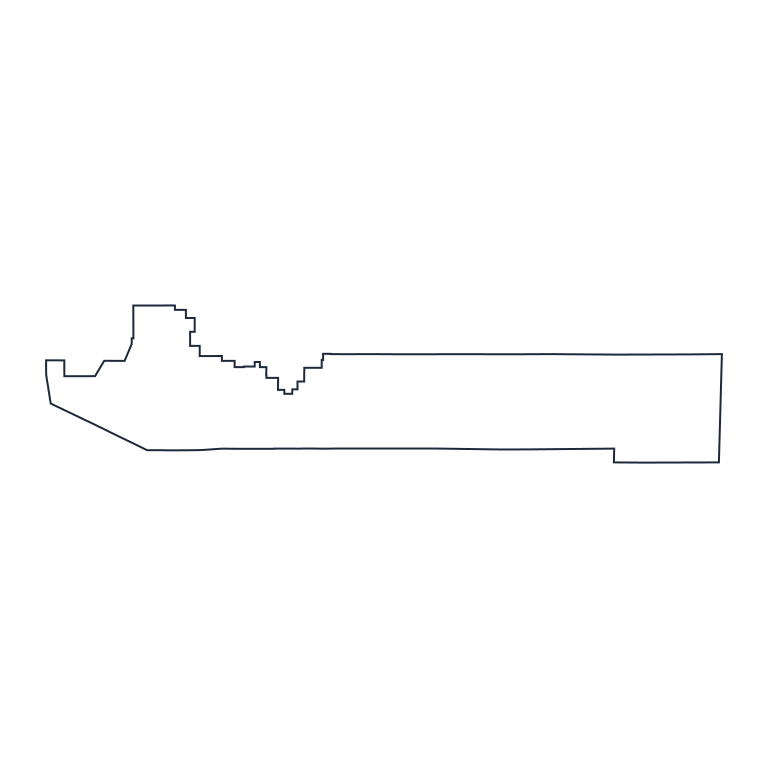 Menzies, Western Australia, Australia (Equal Earth projection)
{"feature_id": "25037944B67042441314136", "entity_name": "Menzies", "entity_type": "district", "adm_level": 2, "iso_a3": "AUS", "parent_name": "Australia", "parent_adm1": "Western Australia", "projection": "equal_earth", "projection_center": [120.764, -29.386], "detail": "fine", "context": "isolated", "style": "outline", "palette": "slate", "viewbox_px": 768, "rotation_deg": 0, "n_neighbors": 0, "source": "geoboundaries", "source_scale": "gbopen_adm2", "svg_char_len": 3154}
<svg xmlns="http://www.w3.org/2000/svg" viewBox="0 0 768 768"><path d="M721.9,354.1L689.8,354.4L616.3,354.6L560.9,354.2L553.1,354.1L512.8,354.3L472.2,354.2L453.9,354.2L403.0,354.3L370.1,354.1L345.9,354.2L330.6,354.1L330.6,353.8L323.1,353.8L323.1,360.0L321.7,360.0L321.7,367.8L304.3,367.8L304.3,370.2L304.2,373.6L304.2,375.1L304.2,376.4L304.2,381.5L297.5,381.5L297.5,388.3L297.5,389.3L293.6,389.3L292.3,389.3L292.2,393.8L284.3,393.8L284.3,389.9L278.0,389.9L278.1,377.9L266.4,377.9L266.4,374.9L266.2,374.9L266.4,367.1L259.9,367.1L259.9,362.0L254.7,362.0L254.7,366.5L243.9,366.5L243.9,367.1L240.4,367.1L240.1,367.1L239.9,367.1L239.4,367.1L238.4,367.1L237.3,367.1L236.3,367.1L234.6,367.1L234.6,360.9L221.9,360.9L221.9,356.0L199.7,356.1L199.7,355.5L199.7,354.2L199.7,353.0L199.7,345.9L198.6,345.9L195.7,345.9L190.1,345.9L190.1,331.8L194.7,331.8L194.7,318.0L185.9,318.0L185.9,309.9L177.7,309.9L174.9,309.9L174.9,305.5L172.2,305.5L172.2,305.4L163.7,305.5L163.2,305.5L148.9,305.5L145.3,305.5L136.3,305.5L134.6,305.5L133.3,305.5L133.4,338.3L131.7,338.3L131.7,342.5L131.7,344.0L124.6,360.9L104.2,360.8L95.1,376.1L92.9,376.1L92.0,376.1L90.7,376.2L90.4,376.2L90.1,376.2L89.5,376.2L88.2,376.2L87.6,376.2L87.2,376.2L86.0,376.2L84.1,376.2L82.6,376.2L81.4,376.2L80.8,376.2L79.6,376.2L78.4,376.2L77.5,376.2L76.9,376.2L76.3,376.2L76.0,376.2L74.8,376.2L74.3,376.2L73.4,376.2L71.9,376.2L71.0,376.2L70.4,376.2L69.8,376.2L69.5,376.2L68.9,376.2L68.0,376.2L67.4,376.2L66.8,376.2L65.3,376.2L64.4,376.2L64.3,370.7L64.3,360.4L49.7,360.3L46.1,360.3L46.1,362.0L46.1,365.2L46.1,367.4L46.2,375.1L46.3,375.5L46.9,379.8L47.7,384.5L48.2,387.4L48.6,390.4L49.2,393.9L49.5,395.7L49.9,398.7L50.5,401.9L50.7,403.5L51.3,403.8L52.6,404.4L53.8,405.0L54.4,405.3L55.6,405.9L56.8,406.5L57.7,406.9L58.7,407.3L59.9,407.9L61.4,408.7L62.6,409.2L63.5,409.7L64.8,410.3L66.0,410.9L66.3,411.0L66.6,411.1L68.1,411.9L68.4,412.0L68.7,412.2L69.3,412.5L70.6,413.0L71.8,413.6L72.4,413.9L73.0,414.2L73.6,414.5L73.9,414.7L74.2,414.8L75.4,415.4L77.0,416.1L78.8,417.0L79.7,417.4L80.6,417.9L82.5,418.7L83.1,419.0L84.0,419.5L85.8,420.3L86.8,420.8L87.7,421.2L93.9,424.2L97.5,426.0L101.7,428.0L108.6,431.4L109.3,431.8L109.7,432.0L115.4,434.7L116.9,435.5L138.6,446.0L145.3,449.3L146.5,449.9L146.7,450.0L147.0,450.1L148.2,450.2L149.2,450.2L150.2,450.2L151.2,450.2L152.2,450.2L153.1,450.2L154.1,450.2L155.1,450.2L156.4,450.2L157.4,450.2L158.4,450.2L159.4,450.2L160.4,450.2L161.4,450.2L162.4,450.2L163.3,450.2L164.3,450.2L165.3,450.3L166.3,450.3L167.3,450.3L168.3,450.3L169.3,450.3L170.3,450.3L171.2,450.3L172.2,450.3L173.2,450.3L174.2,450.3L175.2,450.3L176.2,450.3L177.5,450.3L178.5,450.3L179.5,450.3L194.3,450.2L195.3,450.1L196.0,450.1L197.3,450.1L198.0,450.1L199.2,450.1L200.2,450.1L208.3,449.6L219.4,448.8L219.5,448.8L221.7,448.7L222.6,448.7L225.2,448.7L227.7,448.7L237.8,448.8L247.8,448.8L256.0,448.8L261.0,448.8L263.6,448.8L274.3,448.8L274.3,448.6L294.0,448.6L299.6,448.7L302.8,448.5L309.9,448.5L316.2,448.6L325.6,448.7L337.4,448.5L345.9,448.5L369.2,448.5L432.9,448.5L433.5,448.5L502.3,449.5L528.3,449.4L614.2,448.6L613.9,462.4L643.6,462.6L718.9,462.4L721.9,354.1Z" fill="none" stroke="#1e293b" stroke-width="2"/></svg>